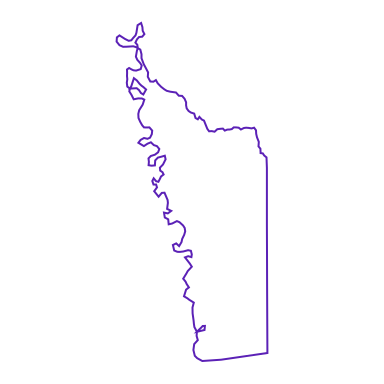 Ribeirão do Pinhal, Paraná, Brazil
{"feature_id": "56859067B72697987592890", "entity_name": "Ribeirão do Pinhal", "entity_type": "district", "adm_level": 2, "iso_a3": "BRA", "parent_name": "Brazil", "parent_adm1": "Paraná", "projection": "equal_earth", "projection_center": [-50.43, -23.422], "detail": "fine", "context": "isolated", "style": "outline", "palette": "violet", "viewbox_px": 384, "rotation_deg": 0, "n_neighbors": 0, "source": "geoboundaries", "source_scale": "gbopen_adm2", "svg_char_len": 3058}
<svg xmlns="http://www.w3.org/2000/svg" viewBox="0 0 384 384"><path d="M137.8,48.1L136.9,50.8L135.9,56.7L137.3,59.8L140.3,63.2L141.7,65.6L140.7,69.1L136.1,70.6L133.5,70.3L131.5,69.4L129.1,68.0L127.0,69.5L127.1,73.0L127.0,76.0L127.3,79.2L126.8,82.7L127.3,86.6L129.9,88.6L129.3,91.4L131.5,94.9L133.7,99.3L138.2,98.4L141.9,98.5L144.3,99.6L142.7,104.6L139.2,110.2L138.3,113.9L138.5,118.0L140.2,121.8L142.2,125.3L144.0,127.4L146.7,127.5L149.4,127.4L152.2,130.6L151.8,134.2L150.0,137.7L147.5,138.8L144.0,138.0L140.6,139.9L138.4,142.8L143.9,146.1L147.5,143.7L150.9,142.3L153.8,145.1L156.9,146.1L159.3,149.0L158.1,152.3L154.9,154.7L150.8,156.0L148.5,158.4L148.9,161.9L148.6,165.2L151.5,165.7L154.9,165.4L155.2,160.4L157.9,157.6L161.7,156.6L164.8,155.7L165.6,159.3L163.0,164.5L159.9,167.7L160.2,170.6L162.5,172.2L163.6,174.5L161.0,176.5L159.9,178.9L158.4,181.8L156.1,181.2L153.7,178.3L152.3,181.0L153.5,184.5L156.1,184.5L157.0,187.4L154.2,191.2L158.6,196.7L161.8,192.9L164.5,192.7L167.6,200.0L167.9,202.9L167.1,208.9L169.0,209.8L171.2,210.9L167.8,213.4L164.0,212.6L164.8,217.5L168.2,219.3L168.7,224.3L172.2,223.5L176.9,221.1L179.5,222.2L183.1,225.5L184.7,228.0L185.2,231.3L184.2,234.8L182.2,238.9L181.5,242.1L179.1,246.1L176.2,243.4L172.9,245.0L174.2,250.5L177.3,251.8L179.8,251.9L183.2,251.5L188.1,250.2L190.9,250.8L191.8,254.4L191.4,257.1L188.2,256.2L185.0,257.4L189.9,263.7L191.8,266.7L187.7,271.1L186.4,273.5L183.2,278.7L185.6,281.7L186.7,284.1L188.9,287.4L186.1,289.6L184.0,296.3L187.4,298.3L189.3,299.8L193.8,302.6L192.5,307.5L192.6,313.4L193.6,320.6L193.9,323.8L194.4,327.1L195.7,329.5L196.9,331.8L196.6,335.9L197.8,340.1L194.2,344.1L193.4,350.0L194.8,355.8L197.2,358.2L202.3,361.0L221.2,359.7L267.4,353.0L267.1,286.3L267.0,251.1L266.9,225.7L266.9,168.0L266.5,157.4L264.2,155.5L262.8,153.4L260.6,153.1L260.4,148.7L258.5,146.4L258.8,141.9L257.0,137.3L256.2,133.9L256.0,130.3L254.1,127.7L251.6,128.4L248.5,127.9L246.1,127.7L243.9,128.0L240.9,129.5L238.7,127.7L235.9,127.4L233.7,127.4L231.8,129.1L229.7,129.5L227.2,129.6L224.8,130.6L222.9,128.6L220.4,128.8L217.3,129.2L214.6,131.7L211.7,131.1L209.1,131.3L207.3,128.8L205.8,125.1L204.0,120.6L201.8,119.5L199.4,116.9L197.8,119.3L195.5,118.0L194.2,113.6L190.8,112.5L188.6,111.0L186.7,108.4L186.1,105.4L186.1,102.3L184.6,98.8L182.1,95.9L178.8,95.7L176.0,92.5L173.8,92.2L170.3,91.7L166.7,90.8L164.3,89.3L161.1,86.8L157.7,83.3L155.9,80.1L153.4,81.7L150.3,81.5L147.8,76.8L148.1,72.4L145.9,68.2L143.7,64.1L141.5,58.2L141.5,54.2L140.3,49.6L137.8,48.1ZM129.9,88.6L131.3,86.2L133.9,78.2L136.8,80.4L139.6,83.9L141.5,85.7L143.3,87.0L146.1,89.5L143.3,94.5L140.9,93.0L139.0,90.1L136.7,88.2L129.9,88.6ZM196.9,331.8L199.1,329.6L200.9,327.9L202.7,326.0L204.9,325.9L204.5,330.0L196.9,331.8ZM144.4,34.1L142.7,30.8L142.4,27.1L141.1,23.0L137.6,25.2L136.4,32.8L135.5,35.4L133.3,37.8L131.3,40.3L128.7,40.8L124.9,38.9L119.5,35.4L116.9,37.4L116.6,41.6L119.5,45.2L123.1,46.8L126.7,46.7L133.3,46.3L135.7,47.0L137.8,48.1L137.3,44.8L135.4,42.6L137.0,39.3L139.1,37.0L142.2,36.7L144.4,34.1Z" fill="none" stroke="#5b21b6" stroke-width="2"/></svg>